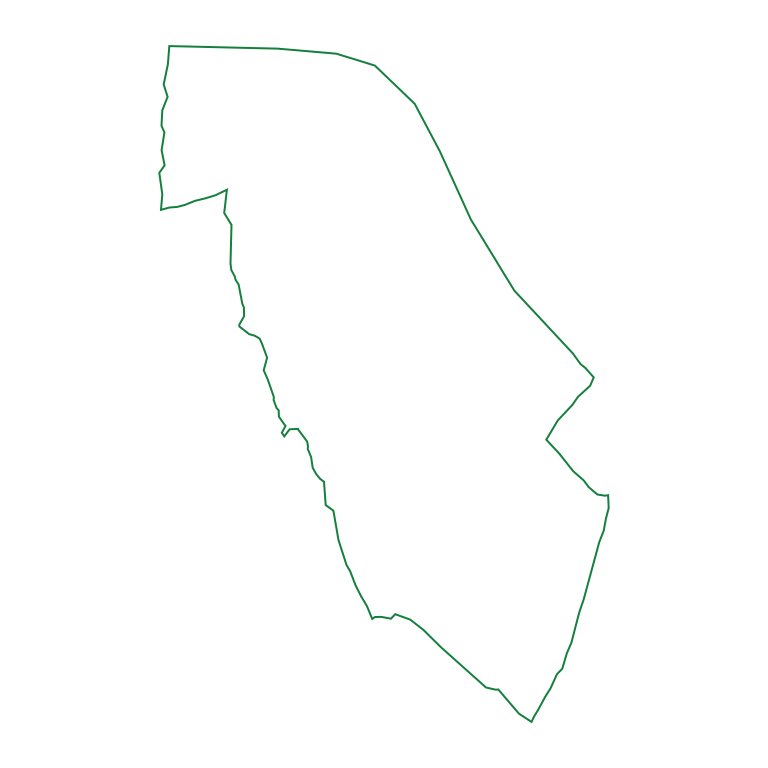 outline of Ukum, Benue, Nigeria
{"feature_id": "59680162B14415495238729", "entity_name": "Ukum", "entity_type": "district", "adm_level": 2, "iso_a3": "NGA", "parent_name": "Nigeria", "parent_adm1": "Benue", "projection": "equal_earth", "projection_center": [9.596, 7.583], "detail": "fine", "context": "isolated", "style": "outline", "palette": "green", "viewbox_px": 768, "rotation_deg": 0, "n_neighbors": 0, "source": "geoboundaries", "source_scale": "gbopen_adm2", "svg_char_len": 1676}
<svg xmlns="http://www.w3.org/2000/svg" viewBox="0 0 768 768"><path d="M562.7,342.5L514.4,290.7L504.5,274.6L498.3,264.4L480.0,234.4L470.8,219.4L460.1,195.8L439.9,151.4L414.7,103.8L374.9,65.6L350.4,58.0L342.1,55.5L336.5,53.7L277.2,48.6L267.3,48.4L183.5,46.4L169.3,46.1L167.9,64.2L163.7,84.5L167.6,96.8L162.3,110.3L161.5,125.7L164.4,132.5L161.6,150.2L164.6,165.4L159.3,172.8L162.3,194.3L161.0,209.8L169.6,207.5L177.3,206.9L184.6,205.0L195.1,200.8L205.5,198.3L215.6,195.2L226.9,189.7L224.2,213.0L231.5,224.9L231.0,243.6L230.5,263.9L230.7,265.2L231.3,270.0L234.7,276.3L235.6,279.8L238.6,284.5L242.3,303.7L243.9,307.5L244.1,316.2L239.2,324.9L239.4,326.5L249.1,334.1L254.3,335.6L256.7,336.8L259.7,338.7L261.9,343.5L267.1,357.7L263.7,370.3L267.7,379.3L273.9,397.2L273.6,399.9L276.5,407.9L278.7,410.4L278.9,416.7L285.5,426.0L281.8,432.8L284.3,436.4L289.6,429.3L297.9,428.9L297.9,429.2L307.2,441.6L308.0,446.7L307.7,448.9L311.1,457.0L312.7,467.8L314.7,471.4L316.6,474.6L320.4,479.1L324.0,481.7L325.7,505.1L333.4,510.7L338.5,540.1L346.5,564.9L350.3,571.6L355.6,585.4L361.1,596.3L367.0,606.2L372.2,618.9L375.0,617.0L381.4,616.9L391.0,618.7L395.2,614.2L410.2,619.6L423.3,629.8L440.9,647.2L486.0,687.5L495.7,689.7L498.3,689.5L519.0,713.7L531.5,721.9L533.8,717.0L538.3,709.6L545.2,696.8L550.6,688.2L557.0,674.1L562.3,668.7L566.8,653.4L571.4,642.7L579.1,612.9L583.7,599.4L599.2,542.3L603.7,530.7L606.0,518.4L608.7,508.0L608.1,495.2L605.1,495.7L597.3,494.5L588.7,487.1L583.7,480.4L573.2,471.2L559.1,453.4L546.3,439.7L557.8,420.4L572.1,405.2L572.3,405.0L577.9,396.9L590.2,385.7L593.7,377.4L585.4,368.0L580.6,364.2L573.0,353.6L562.7,342.5Z" fill="none" stroke="#15803d" stroke-width="2"/></svg>